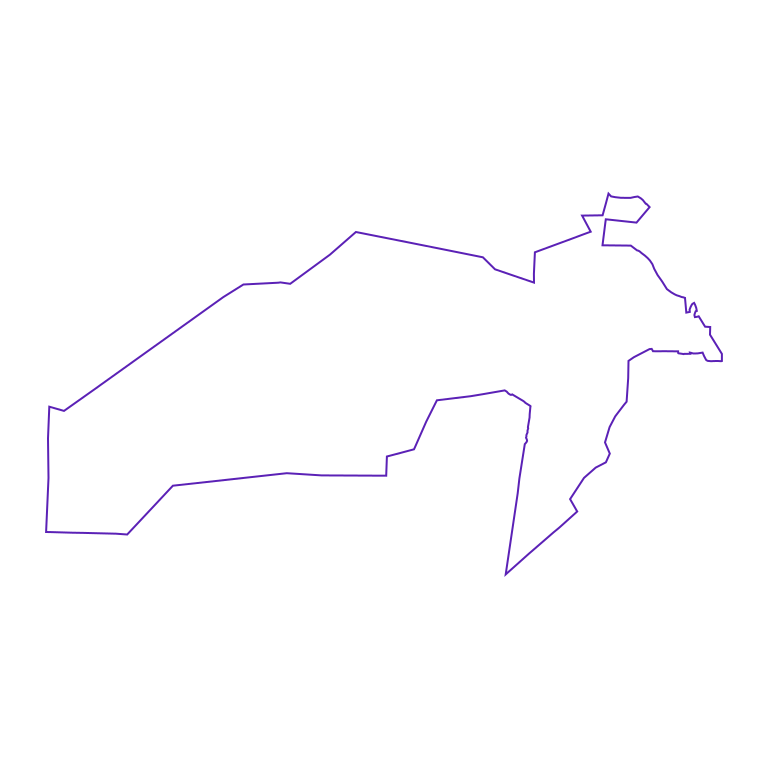 the district of San Andrés Zautla, Oaxaca, Mexico
{"feature_id": "50627088B86831470894545", "entity_name": "San Andrés Zautla", "entity_type": "district", "adm_level": 2, "iso_a3": "MEX", "parent_name": "Mexico", "parent_adm1": "Oaxaca", "projection": "natural_earth1", "projection_center": [-96.857, 17.182], "detail": "fine", "context": "isolated", "style": "outline", "palette": "violet", "viewbox_px": 768, "rotation_deg": 0, "n_neighbors": 0, "source": "geoboundaries", "source_scale": "gbopen_adm2", "svg_char_len": 2530}
<svg xmlns="http://www.w3.org/2000/svg" viewBox="0 0 768 768"><path d="M577.2,511.5L570.3,499.5L570.1,499.1L584.0,477.9L595.7,467.6L605.9,462.3L609.8,453.6L605.0,442.4L609.6,427.1L615.2,416.4L617.0,414.0L624.1,404.7L626.6,401.7L628.2,378.1L628.5,360.9L633.9,357.2L641.4,353.3L649.5,349.1L651.7,348.9L653.0,351.2L657.2,351.3L663.8,351.2L673.5,351.3L678.1,351.3L678.1,352.3L678.2,352.8L678.2,353.0L678.3,353.2L678.5,353.3L682.1,353.8L683.0,354.0L683.8,354.1L684.1,353.9L685.0,353.9L689.3,353.8L690.3,353.8L690.0,352.6L690.9,352.8L692.6,353.3L693.5,353.5L697.6,353.4L702.6,352.6L703.1,353.8L704.1,356.1L706.0,359.7L706.3,360.1L706.8,360.4L707.8,360.9L708.9,361.0L711.1,361.2L712.9,361.1L716.0,361.0L718.0,361.0L721.1,361.2L721.9,361.0L721.9,353.9L710.0,334.7L710.2,327.0L705.1,326.7L698.7,316.3L697.4,316.7L695.9,317.0L694.9,317.1L694.4,315.0L694.8,313.5L695.7,311.2L696.8,310.9L696.2,307.8L695.1,304.8L694.1,302.9L692.4,303.9L691.7,304.9L690.7,306.8L689.6,309.6L689.8,311.9L686.3,312.6L686.1,310.2L685.0,297.9L684.3,297.7L683.6,297.4L681.6,297.0L679.3,296.1L676.7,295.3L674.6,294.3L671.2,292.3L666.9,289.1L662.4,281.9L660.6,279.3L657.6,275.1L654.2,268.8L652.4,264.2L649.9,260.5L647.7,258.1L644.9,255.6L641.7,253.2L639.5,251.3L638.1,250.6L637.1,250.4L630.8,245.6L602.5,245.3L605.4,222.2L605.8,219.3L606.9,219.4L636.5,222.6L649.6,207.1L646.4,203.8L645.8,203.8L642.8,200.0L640.8,198.3L637.8,196.5L634.5,197.0L630.4,197.9L620.9,197.8L615.4,197.2L611.1,196.4L608.5,193.6L606.0,203.0L602.6,215.3L582.1,215.6L590.7,231.7L583.3,234.4L572.9,238.3L541.4,249.9L534.9,252.3L533.9,273.9L534.0,282.6L514.3,275.9L495.0,269.3L482.9,257.3L446.0,249.9L409.4,242.6L355.9,232.0L329.9,254.7L290.2,283.8L280.4,282.4L278.3,282.7L243.4,284.5L223.3,297.1L100.2,385.2L97.6,387.1L64.0,410.9L49.3,406.7L48.0,438.4L48.5,478.0L46.1,532.0L51.3,532.1L72.0,532.7L83.6,532.9L116.0,533.7L127.2,534.5L172.9,485.7L286.8,473.2L321.6,475.4L386.2,475.7L386.9,456.5L400.6,452.9L414.0,449.3L415.2,446.7L426.2,421.7L436.9,400.3L470.7,396.2L482.8,394.2L504.7,390.4L506.7,391.6L508.3,393.4L508.5,393.6L510.5,394.8L511.6,394.8L512.2,394.4L523.3,401.0L524.6,402.0L525.3,402.8L529.3,405.3L530.4,406.0L530.4,406.3L530.5,406.5L530.4,406.7L529.7,414.1L529.6,416.4L529.6,417.3L527.9,427.3L528.2,428.2L527.5,430.7L527.5,432.6L527.0,433.6L526.4,435.1L526.4,436.6L526.0,437.7L526.8,439.4L527.1,440.9L526.8,441.4L526.6,442.0L525.2,443.7L524.8,444.1L519.4,478.4L517.7,493.3L505.7,574.4L528.9,553.7L553.5,532.4L559.3,527.6L577.2,511.5Z" fill="none" stroke="#5b21b6" stroke-width="2"/></svg>